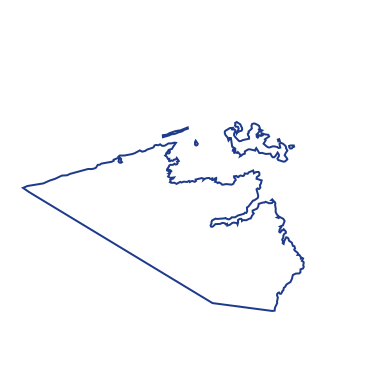 the district of Lamu East, Coast, Kenya, rotated 217°
{"feature_id": "3690345B14280875758697", "entity_name": "Lamu East", "entity_type": "district", "adm_level": 2, "iso_a3": "KEN", "parent_name": "Kenya", "parent_adm1": "Coast", "projection": "natural_earth1", "projection_center": [41.091, -1.907], "detail": "fine", "context": "isolated", "style": "outline", "palette": "blue", "viewbox_px": 384, "rotation_deg": 217, "n_neighbors": 0, "source": "geoboundaries", "source_scale": "gbopen_adm2", "svg_char_len": 6104}
<svg xmlns="http://www.w3.org/2000/svg" viewBox="0 0 384 384"><g transform="rotate(217 192 192)"><path d="M54.6,147.0L56.1,149.5L57.1,154.5L58.2,155.7L59.9,159.4L61.9,160.6L62.6,161.8L62.6,163.0L62.0,164.1L60.9,163.6L59.8,164.1L59.7,165.6L60.2,167.2L59.9,168.4L61.0,170.8L60.5,172.5L60.9,174.3L60.6,175.9L59.2,179.4L59.9,182.7L61.5,186.4L60.1,189.2L57.3,191.6L57.1,193.1L58.8,195.5L57.3,197.8L57.7,199.5L59.0,200.3L60.1,202.6L60.9,203.3L62.8,203.1L63.3,205.8L64.5,205.6L65.1,204.5L65.8,205.5L68.3,206.3L69.8,205.3L69.9,206.5L71.1,207.0L74.7,207.1L75.8,207.6L75.8,209.0L77.6,210.3L79.1,209.7L81.8,211.6L85.3,211.5L87.0,212.9L88.2,213.0L89.5,212.5L88.8,208.3L87.6,205.7L88.7,205.7L89.3,207.0L91.3,208.2L91.6,210.3L92.8,212.2L93.1,214.1L92.4,215.9L93.3,216.9L96.3,217.5L96.4,216.3L97.2,215.7L97.0,214.3L97.3,212.7L98.4,212.7L99.5,214.9L99.6,217.5L100.9,217.4L99.3,220.2L100.6,224.6L102.9,225.5L106.7,224.9L107.1,223.4L108.7,222.9L107.9,224.7L110.6,225.1L113.1,226.3L115.2,229.2L117.7,231.5L118.7,233.2L120.1,233.9L121.2,233.5L121.5,231.3L122.8,230.1L123.7,229.4L127.3,228.5L127.9,227.1L129.0,226.3L131.6,222.7L130.3,220.1L130.1,218.7L130.2,217.5L132.4,213.7L131.5,212.4L129.8,212.1L129.8,209.1L129.2,206.3L130.2,205.1L131.6,202.2L134.4,200.2L134.7,199.0L135.6,200.0L136.6,200.2L137.7,199.2L138.4,197.3L136.7,195.2L136.1,193.5L137.4,194.3L140.2,192.7L141.2,191.5L142.1,188.5L143.6,186.4L144.8,187.7L145.6,186.4L146.9,186.8L149.1,185.7L150.3,183.5L154.0,180.4L154.5,177.2L155.1,176.2L156.1,175.8L157.1,176.6L157.5,178.6L158.4,179.7L158.8,181.3L157.2,184.9L155.7,185.6L150.4,190.3L149.6,191.4L148.4,191.4L146.1,192.3L145.2,194.1L145.1,195.6L142.3,197.8L141.1,201.0L137.5,205.7L137.3,207.3L136.0,208.0L136.4,209.9L138.8,212.7L138.2,214.2L138.1,221.9L137.3,222.7L136.0,226.4L136.1,227.6L137.1,229.1L142.1,233.0L141.8,234.3L140.2,234.7L140.0,236.5L142.0,238.5L142.0,240.0L143.3,243.2L148.4,241.4L149.2,242.9L148.3,245.9L149.6,247.7L150.9,248.1L152.9,246.4L153.8,244.2L156.1,246.0L158.5,241.8L158.5,240.1L161.1,238.5L160.5,237.3L160.5,235.9L161.6,235.0L163.0,234.5L163.9,233.2L163.8,231.9L164.8,231.3L166.1,231.6L167.9,229.8L166.9,228.8L165.4,228.7L164.3,227.9L164.4,225.6L163.9,223.5L164.7,221.8L169.6,218.8L171.5,216.6L172.7,215.9L173.8,216.3L176.3,215.9L176.8,214.6L178.5,214.6L179.7,214.0L180.3,216.7L181.1,217.7L181.8,216.6L182.0,214.7L183.0,213.8L184.0,215.1L185.3,213.4L186.8,213.5L188.5,212.0L189.6,210.5L190.1,208.6L190.5,209.7L192.7,208.9L196.6,204.1L195.5,203.2L195.9,201.8L198.3,201.0L199.3,199.9L199.7,198.6L201.1,199.0L201.9,197.1L204.7,195.4L206.2,193.2L207.5,193.0L209.2,189.2L211.6,188.8L214.2,186.8L215.6,186.6L215.6,187.9L216.7,188.6L216.2,190.0L215.1,191.3L215.1,192.8L217.7,190.3L220.4,189.9L220.9,193.7L221.8,193.1L221.1,196.2L222.4,196.4L223.6,196.0L223.3,194.6L224.9,194.2L225.6,195.1L225.7,198.4L226.1,199.5L225.6,200.7L223.6,202.2L223.0,204.1L221.8,204.0L220.7,205.1L220.9,206.6L222.1,207.2L221.2,208.8L224.7,210.0L224.5,208.4L225.9,206.9L226.1,205.3L227.6,204.7L228.1,203.3L229.0,203.0L230.1,204.8L231.0,204.0L233.4,205.0L235.4,205.0L235.2,206.2L235.9,207.4L235.8,208.9L234.6,208.2L233.6,209.0L233.5,210.2L234.5,211.4L235.8,210.3L235.9,211.6L233.9,214.5L234.3,216.8L234.4,221.6L235.7,220.9L237.8,218.3L240.0,216.7L241.5,212.9L242.4,211.8L243.7,210.9L246.2,210.9L246.9,209.2L249.3,207.7L250.0,206.4L249.6,205.0L250.0,203.7L253.3,199.0L254.1,196.6L256.1,194.2L258.7,193.8L261.1,188.5L262.7,186.2L268.1,180.3L271.5,177.8L272.1,176.0L271.2,175.4L270.0,176.0L268.6,175.8L267.2,174.0L265.9,173.7L266.4,172.5L267.7,171.8L269.0,172.1L270.2,174.7L271.3,175.1L274.0,170.6L273.3,169.8L274.4,167.7L281.5,160.1L281.9,158.5L283.6,156.9L283.3,153.7L284.2,151.9L286.2,149.7L288.8,147.9L300.3,133.1L301.8,130.2L305.8,126.8L309.3,120.1L312.6,115.4L315.9,109.4L327.0,97.8L329.4,93.6L322.0,93.9L108.8,115.6L56.3,145.3L54.6,147.0ZM181.6,250.1L180.4,249.9L179.4,250.4L179.4,251.5L175.5,250.8L175.1,249.4L174.4,250.9L174.2,252.5L172.9,254.4L174.2,256.2L173.2,258.8L172.5,260.1L171.3,261.0L166.5,263.1L167.0,264.0L167.1,265.7L161.6,263.6L159.6,265.4L156.1,266.7L152.4,269.8L149.7,268.5L148.3,268.4L147.3,269.2L147.0,270.8L147.3,275.0L145.2,274.2L144.2,273.1L143.8,269.9L142.5,269.4L137.4,271.2L136.1,272.3L135.5,275.4L136.3,276.0L140.1,277.1L140.7,279.9L140.7,282.4L143.3,283.6L144.4,284.8L146.1,285.2L148.7,285.3L151.0,284.6L151.1,283.0L148.2,280.6L149.2,279.3L151.0,279.2L153.7,278.0L155.1,276.9L156.8,274.3L158.1,273.5L159.5,273.3L163.9,273.6L164.3,277.7L165.5,278.0L163.8,282.7L165.4,283.6L168.5,281.9L171.7,280.9L171.2,279.9L169.8,279.6L170.6,278.3L172.2,278.0L173.2,277.1L172.2,276.3L172.2,275.0L173.4,275.0L175.1,276.8L174.7,277.9L174.7,280.7L175.1,281.8L176.3,282.2L176.0,283.6L178.1,285.1L180.0,285.1L183.2,284.4L184.2,283.6L184.9,282.2L184.2,280.5L182.4,278.7L183.2,274.3L182.3,273.5L182.5,272.1L181.6,271.2L179.7,270.4L178.5,268.9L182.7,264.0L183.5,262.3L184.7,261.1L185.8,261.1L191.1,262.0L192.6,262.7L193.4,263.7L194.2,267.3L195.9,267.6L196.7,266.6L197.7,266.1L198.0,267.8L200.2,265.9L202.2,260.9L202.0,259.7L201.1,258.6L199.4,257.6L196.3,256.9L193.8,255.1L193.8,256.5L194.5,257.8L193.4,258.5L187.2,252.4L183.6,252.7L181.6,250.1ZM234.3,241.0L238.2,234.5L241.9,230.6L245.3,225.6L246.6,222.6L249.5,219.8L248.2,218.3L244.2,223.6L243.5,225.2L240.4,228.5L238.6,231.6L236.4,234.5L235.6,236.9L233.4,240.2L234.3,241.0ZM191.6,267.0L190.3,269.6L189.3,270.8L189.6,272.3L190.9,273.4L194.3,275.1L198.4,274.8L199.1,273.1L198.1,272.3L197.8,271.1L196.3,270.5L195.4,271.3L194.3,271.6L192.9,270.7L191.6,267.0ZM138.7,290.4L141.4,288.4L142.2,287.2L141.2,286.2L139.8,285.8L138.5,286.9L138.4,288.3L137.7,289.6L138.7,290.4ZM219.6,233.6L218.0,231.6L216.7,231.6L216.0,232.9L216.4,234.0L219.9,235.2L219.6,233.6ZM155.0,285.5L153.5,284.4L152.6,285.6L154.2,286.7L155.0,285.5ZM184.8,250.9L184.3,249.5L183.3,249.7L183.8,251.4L184.5,251.5L184.8,250.9ZM181.6,250.1L182.5,250.0L182.3,249.0L181.8,248.7L181.4,249.3L181.6,250.1ZM123.7,233.3L122.2,234.1L123.5,234.4L123.7,233.3ZM174.2,283.0L173.3,282.1L173.0,283.4L174.2,283.0ZM191.6,267.0L192.5,266.5L191.5,265.6L191.6,267.0Z" fill="none" stroke="#1e3a8a" stroke-width="2"/></g></svg>